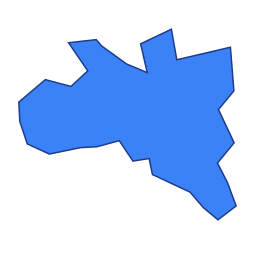 outline of Durbes, rotated 177°
{"feature_id": "LVA-5720", "entity_name": "Durbes", "entity_type": "Municipality", "adm_level": 1, "iso_a3": "LVA", "parent_name": "Latvia", "parent_adm1": "", "projection": "natural_earth1", "projection_center": [21.414, 56.63], "detail": "fine", "context": "isolated", "style": "filled", "palette": "blue", "viewbox_px": 256, "rotation_deg": 177, "n_neighbors": 0, "source": "natural_earth", "source_scale": "10m", "svg_char_len": 532}
<svg xmlns="http://www.w3.org/2000/svg" viewBox="0 0 256 256"><g transform="rotate(177 128 128)"><path d="M43.0,31.6L56.9,44.5L69.4,60.7L106.0,80.2L108.5,96.4L124.8,94.7L137.4,115.8L160.1,110.9L176.5,110.9L208.0,106.1L229.4,117.4L235.7,140.1L235.7,159.6L208.0,180.6L182.8,172.5L165.2,187.1L182.9,216.3L155.1,217.9L150.1,211.4L126.1,192.0L105.9,182.3L111.0,211.4L79.5,224.4L75.7,193.6L21.5,203.3L20.3,159.6L36.7,141.7L22.8,107.7L40.5,88.3L31.7,68.8L24.1,44.5L43.0,31.6Z" fill="#3b82f6" stroke="#1e3a8a" stroke-width="1.5"/></g></svg>